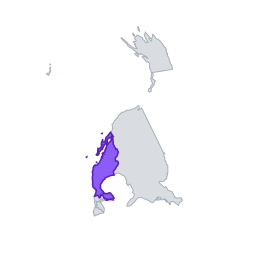 Mexico and the surrounding countries, rotated 64°
{"feature_id": "MEX", "entity_name": "Mexico", "entity_type": "country or territory", "adm_level": 0, "iso_a3": "MEX", "parent_name": "North America", "parent_adm1": "", "projection": "robinson", "projection_center": [-103.635, 23.63], "detail": "fine", "context": "with_neighbors", "style": "filled", "palette": "violet", "viewbox_px": 256, "rotation_deg": 64, "n_neighbors": 6, "source": "natural_earth", "source_scale": "50m", "svg_char_len": 10944}
<svg xmlns="http://www.w3.org/2000/svg" viewBox="0 0 256 256"><g transform="rotate(64 128 128)"><path d="M116.0,107.0L166.5,107.0L166.4,106.1L167.0,106.1L167.4,107.3L168.0,107.7L171.2,108.2L173.0,108.9L174.5,108.6L177.4,109.2L179.0,108.6L185.7,111.8L185.9,112.4L186.4,112.6L186.3,112.9L187.1,112.7L187.7,113.6L188.5,113.9L188.3,114.3L190.4,115.4L191.5,119.5L190.0,123.0L190.2,123.6L190.9,123.9L197.8,121.2L197.2,119.8L198.0,119.4L201.6,119.4L202.1,118.5L204.8,116.2L211.1,116.2L211.2,115.6L212.5,115.1L213.3,112.3L214.4,110.5L215.1,111.1L216.2,110.7L217.2,111.4L217.8,114.6L219.7,116.6L214.2,119.3L213.1,121.2L213.3,122.4L214.1,123.6L214.9,123.7L214.6,122.8L215.2,123.4L215.2,124.0L209.8,125.0L208.3,125.7L211.0,125.2L211.7,125.7L209.1,126.4L207.9,126.4L207.9,126.1L207.4,126.8L208.0,126.9L207.7,128.5L206.5,130.4L206.3,129.8L205.2,129.0L205.7,130.3L206.3,130.7L206.4,131.6L205.0,134.4L205.2,132.7L204.1,131.8L203.7,129.9L203.4,130.9L204.0,132.4L202.7,132.0L204.1,132.8L204.4,135.0L205.0,135.2L205.8,138.3L204.7,140.1L202.7,140.8L201.5,142.2L200.6,142.3L199.6,143.2L199.4,144.0L197.3,145.5L195.5,148.0L195.3,149.7L195.7,151.4L197.5,155.1L197.6,156.1L198.7,158.8L198.6,161.3L198.2,162.8L197.6,163.1L196.6,162.8L196.2,161.7L195.4,161.2L192.9,156.4L193.2,154.9L192.6,153.6L190.9,151.6L190.1,151.2L188.2,152.3L186.8,151.1L185.5,150.5L183.2,150.8L181.5,150.5L179.1,151.1L179.5,151.7L179.5,152.7L180.0,153.1L179.6,153.4L178.8,153.1L178.1,153.5L176.6,153.5L175.1,152.2L173.4,152.5L171.9,152.0L169.0,152.7L167.2,154.4L165.2,155.4L164.1,156.6L163.7,157.6L163.7,159.3L164.2,161.2L163.4,161.3L160.4,160.0L159.3,157.3L158.1,155.9L156.4,152.9L155.0,152.0L153.3,152.0L152.1,153.9L150.4,153.2L149.4,152.5L148.2,149.9L145.3,147.3L141.8,147.3L141.8,148.3L136.3,148.3L128.8,145.5L129.0,145.0L124.2,145.5L123.9,144.3L122.7,142.9L121.8,142.6L121.6,141.9L120.5,141.8L119.8,141.2L118.0,140.9L117.5,140.6L117.4,139.3L115.6,136.9L114.2,133.6L114.3,133.1L112.2,130.3L112.1,128.4L111.1,127.1L111.7,125.2L111.9,123.2L111.4,121.4L112.4,119.2L113.2,115.0L113.2,111.9L112.4,108.8L112.7,108.4L115.3,109.2L116.0,111.3L116.5,110.7L116.0,107.0ZM94.8,62.2L88.9,81.7L90.5,81.8L92.0,82.4L94.1,84.8L96.0,83.5L97.8,82.8L98.5,84.0L100.8,85.9L102.8,89.9L105.4,91.3L105.2,92.7L104.1,93.8L101.9,92.3L101.7,90.3L99.9,88.6L99.4,86.5L95.1,86.3L93.3,85.7L90.4,83.4L86.2,82.2L83.8,82.4L79.2,80.5L77.2,80.9L77.0,82.4L74.0,83.0L70.3,84.2L70.4,82.9L71.9,80.8L73.9,80.2L73.7,79.6L71.1,80.8L69.5,82.2L66.5,83.8L67.4,84.9L65.3,86.4L61.2,88.0L60.4,89.0L57.3,90.1L56.3,91.2L54.0,92.1L52.8,91.9L47.2,94.1L43.9,94.7L43.8,94.3L50.4,91.4L52.7,91.1L53.9,90.2L56.8,88.9L58.9,87.7L59.8,86.0L61.1,84.7L58.9,85.4L58.5,85.0L57.3,85.8L56.6,84.7L55.9,85.5L55.7,84.4L53.6,85.3L52.6,85.3L53.0,84.0L53.6,83.2L52.9,82.4L50.5,82.8L48.7,81.3L49.2,80.1L48.4,79.2L49.6,78.0L51.5,76.8L52.6,75.7L54.0,75.5L54.9,75.9L56.7,74.8L57.8,75.0L59.3,74.4L59.4,73.4L58.7,73.0L60.2,72.2L57.3,72.7L56.6,73.1L55.6,72.7L53.2,72.9L51.1,72.4L50.9,71.6L49.5,70.4L56.2,68.5L57.5,68.5L56.7,69.6L60.1,69.5L59.4,68.2L57.9,67.5L56.3,65.6L54.6,64.9L56.0,63.9L58.7,63.8L61.1,62.9L61.9,61.9L64.0,61.0L68.9,59.9L70.1,60.0L73.0,59.0L75.0,59.4L75.6,60.3L76.5,59.9L78.9,60.0L78.6,60.5L80.7,60.8L82.4,60.6L89.1,61.6L91.2,61.3L94.8,62.2ZM41.7,74.3L42.5,74.7L43.6,74.5L46.1,75.4L44.4,76.0L43.0,75.2L41.5,75.3L41.2,75.1L41.7,74.3ZM44.9,174.9L46.0,176.2L44.1,177.6L43.6,177.3L43.5,175.8L44.0,175.1L44.0,174.4L44.9,174.9ZM43.8,173.3L42.9,173.7L42.4,172.9L42.6,172.7L43.8,173.3ZM42.4,172.3L42.3,172.5L41.2,172.5L41.4,172.2L42.4,172.3ZM39.9,171.0L40.6,172.0L40.4,172.1L39.6,172.0L39.3,171.3L39.9,171.0ZM37.2,169.8L37.0,170.6L36.3,170.2L36.8,169.8L37.2,169.8ZM46.7,81.5L47.9,81.7L47.7,82.6L46.5,82.9L44.9,81.9L46.7,81.5ZM66.8,86.8L67.9,87.0L68.4,87.7L64.6,89.5L63.9,89.0L64.0,87.9L66.8,86.8Z" fill="#d9dde1" stroke="#a8b0b8" stroke-width="1"/><path d="M192.5,196.5L192.0,197.0L190.4,196.1L189.9,196.5L188.5,195.8L188.2,196.1L184.1,191.8L184.3,191.5L184.7,191.8L185.4,191.6L186.0,191.0L185.9,189.8L186.9,189.8L187.3,189.2L187.9,189.6L189.2,188.4L189.7,187.4L190.7,187.8L192.6,186.8L193.3,186.9L193.1,187.7L193.3,188.5L192.6,190.3L192.8,193.0L192.5,193.2L192.5,194.9L192.0,195.5L192.5,196.5Z" fill="#d9dde1" stroke="#a8b0b8" stroke-width="1"/><path d="M193.3,186.9L192.6,186.8L190.7,187.8L189.7,187.4L189.2,188.4L187.9,189.6L187.3,189.2L186.9,189.8L185.9,189.8L186.0,191.0L184.8,191.6L184.4,190.9L183.8,190.7L183.9,189.8L183.6,189.5L182.3,189.6L180.5,188.2L181.0,187.6L180.9,186.7L183.5,184.8L185.5,185.1L187.4,184.5L188.5,184.8L189.5,184.5L190.8,184.9L193.3,186.9Z" fill="#d9dde1" stroke="#a8b0b8" stroke-width="1"/><path d="M180.5,188.2L182.3,189.6L183.2,189.3L183.9,189.8L183.6,191.3L181.6,191.0L179.6,190.4L179.0,189.9L180.2,188.7L180.1,188.4L180.5,188.2Z" fill="#d9dde1" stroke="#a8b0b8" stroke-width="1"/><path d="M174.6,188.0L174.9,186.7L174.6,186.3L175.5,184.4L178.2,184.4L178.2,183.6L176.1,181.6L177.0,181.6L177.0,180.2L180.8,180.3L180.7,184.8L182.8,185.2L180.9,186.7L181.0,187.6L180.5,188.2L180.1,188.4L180.2,188.7L179.0,189.9L176.7,189.4L174.6,188.0Z" fill="#d9dde1" stroke="#a8b0b8" stroke-width="1"/><path d="M180.7,184.8L181.0,179.8L181.4,180.1L182.1,178.6L182.9,179.0L182.5,183.3L181.4,184.8L180.7,184.8Z" fill="#d9dde1" stroke="#a8b0b8" stroke-width="1"/><path d="M124.2,145.5L129.0,145.0L128.8,145.5L136.2,148.3L141.9,148.3L141.9,147.2L145.4,147.3L146.0,148.0L146.3,148.1L147.3,149.1L148.4,150.1L148.9,151.1L148.9,151.5L149.0,151.8L149.5,152.5L150.3,153.0L150.6,153.1L151.8,153.8L152.1,153.7L152.5,153.3L152.8,152.3L153.1,152.0L153.3,152.0L153.6,151.8L153.8,151.8L154.3,151.9L155.2,151.9L155.4,152.0L156.8,153.4L157.7,155.0L157.7,155.4L158.1,155.8L158.8,156.8L159.3,157.2L159.3,157.7L159.5,158.1L159.5,158.4L159.9,159.1L160.2,159.8L160.9,160.1L161.0,160.2L161.7,160.5L161.9,160.6L162.8,160.8L163.3,160.9L163.7,161.2L163.9,161.0L164.2,161.0L164.1,161.5L163.5,163.2L163.1,164.7L163.0,166.2L163.0,168.1L162.8,168.9L162.8,169.1L163.0,170.1L163.4,170.8L163.9,171.4L163.7,172.1L163.7,171.9L163.8,171.4L163.4,170.9L163.0,170.3L163.3,171.3L163.5,171.6L164.2,173.2L164.2,173.4L165.7,175.4L166.1,176.6L166.7,177.3L166.9,177.7L167.2,177.9L166.8,177.8L167.5,178.2L167.3,178.0L167.6,178.1L168.4,178.1L168.7,178.5L169.2,178.6L169.7,179.4L169.9,179.4L170.4,179.3L171.7,178.8L172.6,178.8L173.1,178.7L173.3,178.6L173.5,178.4L174.0,178.2L175.0,178.1L175.2,178.3L175.0,178.5L175.3,178.7L175.9,178.7L176.4,178.3L176.4,178.1L176.2,177.9L176.3,177.7L176.0,177.8L176.1,177.7L177.0,177.1L177.5,176.6L177.6,175.7L178.0,175.2L177.9,173.8L178.2,172.7L179.3,172.1L181.2,171.7L182.0,171.4L183.0,171.3L184.5,171.7L184.6,171.4L184.2,171.4L184.7,171.2L184.9,171.3L185.4,171.7L185.4,172.2L185.5,172.4L185.2,173.2L184.6,173.9L184.2,174.5L184.2,174.8L184.2,175.4L183.9,175.6L183.7,175.9L183.8,176.1L184.3,176.1L184.2,176.4L183.8,176.6L183.8,176.8L184.0,176.7L184.1,176.8L183.8,177.9L183.7,178.3L183.6,179.0L183.4,179.2L183.2,178.8L183.1,178.7L183.1,178.1L183.1,177.8L182.7,178.1L182.7,178.3L182.5,178.7L182.1,178.7L181.9,179.1L181.5,179.9L181.3,180.0L181.0,179.8L180.8,179.9L180.8,180.2L177.0,180.2L177.0,181.6L176.2,181.6L177.1,182.5L177.6,182.9L177.8,183.3L178.3,183.6L178.2,184.4L175.6,184.4L174.6,186.2L174.9,186.7L174.7,187.0L174.7,187.3L174.7,187.6L174.6,188.0L173.4,186.6L172.6,185.8L171.1,184.4L170.1,183.9L170.0,184.0L170.5,184.2L170.9,184.5L169.9,184.1L169.5,184.0L169.7,183.8L169.6,183.7L169.3,183.8L169.2,183.7L168.8,183.9L169.2,184.0L168.5,184.1L167.9,184.6L167.2,184.8L166.3,185.3L165.7,185.3L165.1,185.2L164.3,184.7L163.1,184.6L162.3,184.0L161.6,183.8L161.1,183.3L159.1,182.8L158.5,182.4L156.8,181.7L155.6,180.9L155.4,180.7L155.2,180.6L154.5,179.9L153.9,179.9L152.9,179.7L151.4,179.0L150.4,177.8L149.4,177.2L148.3,176.7L148.0,176.1L147.6,175.8L147.2,175.1L146.8,174.2L147.1,173.9L147.4,173.9L147.7,173.7L147.5,173.3L147.2,173.2L147.7,172.4L147.8,171.6L147.3,171.3L146.9,170.4L146.9,169.6L146.6,168.9L145.4,167.5L145.0,166.9L144.3,165.9L142.6,164.5L143.1,164.8L143.1,164.5L142.5,164.4L142.2,164.2L142.1,163.8L141.6,163.1L141.9,163.2L142.1,163.2L141.4,162.8L140.7,162.4L140.6,162.0L140.1,162.1L140.2,161.9L140.4,161.5L140.1,161.7L139.7,161.9L139.4,161.5L139.3,160.8L139.8,160.2L139.9,160.3L139.7,160.1L139.6,159.6L139.2,159.2L138.6,159.2L138.4,158.8L138.3,158.3L137.6,158.2L137.2,157.8L137.0,157.5L136.9,157.0L137.1,156.5L136.7,156.4L136.3,156.4L135.9,156.3L135.6,155.9L135.2,155.3L134.8,155.1L134.3,154.2L133.9,153.8L133.8,153.2L133.5,153.0L133.4,152.5L132.8,151.5L132.6,150.7L132.2,149.9L132.1,149.6L132.1,149.2L132.2,148.9L132.2,148.7L131.1,148.3L131.1,148.0L130.8,147.8L130.5,147.6L130.4,147.8L130.1,147.9L128.5,147.0L128.8,147.6L128.7,147.8L128.6,148.7L128.8,149.2L128.9,149.6L129.0,150.2L129.0,150.9L129.1,151.4L129.5,151.8L129.9,152.1L130.7,152.9L131.1,153.6L131.2,154.0L131.4,153.9L131.5,154.3L131.8,154.3L132.0,155.0L132.4,155.2L132.4,155.5L132.6,155.7L132.5,156.0L132.7,156.6L133.0,157.0L133.5,157.3L133.7,158.1L134.1,158.3L134.1,158.6L134.3,158.9L134.4,159.3L134.6,159.5L134.5,159.1L134.5,158.8L135.0,159.2L135.0,159.5L135.2,159.9L135.4,160.6L135.5,161.4L135.8,161.9L136.0,162.0L136.3,162.9L136.7,163.6L136.6,164.2L136.7,164.8L137.0,165.1L137.3,165.4L137.5,165.2L137.4,164.9L137.5,164.8L138.0,165.2L138.4,165.8L138.6,166.1L138.7,166.4L139.1,166.6L139.2,166.9L139.1,167.6L138.4,168.2L138.0,168.2L137.9,168.0L137.7,167.2L137.3,166.6L136.8,166.2L136.0,165.4L135.2,164.8L134.7,164.3L134.4,164.3L134.3,164.0L133.9,163.6L133.8,163.2L133.9,162.1L133.7,161.1L133.3,160.4L132.8,160.1L132.0,159.5L131.8,159.2L131.8,158.7L131.5,159.0L131.2,159.0L130.9,159.2L130.4,158.6L130.1,158.6L129.9,158.3L129.2,158.0L129.0,157.5L128.1,156.8L128.0,156.5L129.0,156.7L129.5,156.5L129.8,156.9L130.0,156.9L129.8,156.8L129.8,156.6L129.8,156.4L129.6,156.3L129.8,156.1L130.0,155.6L130.1,155.2L129.9,154.7L128.3,153.0L127.9,152.8L126.9,152.0L126.7,151.6L126.6,150.7L126.3,150.5L126.2,149.5L125.7,149.2L125.7,148.6L125.1,147.8L125.1,147.4L125.2,147.1L124.7,146.7L124.6,146.3L124.3,145.9L124.2,145.5ZM133.8,153.8L133.6,154.4L133.2,154.2L133.3,153.4L133.6,153.2L133.8,153.8ZM131.9,153.7L131.7,153.6L131.2,153.1L131.1,152.8L131.0,152.5L131.4,152.7L131.5,153.0L131.8,153.1L131.9,153.7ZM185.6,173.7L185.1,174.4L185.0,174.2L185.1,173.9L185.6,173.7ZM133.9,164.3L133.7,164.1L133.7,163.9L133.4,163.8L133.6,163.4L133.7,162.6L133.8,162.7L133.6,163.6L133.9,164.3ZM127.8,155.8L127.7,156.1L127.4,155.9L127.6,155.7L127.6,155.4L127.8,155.8ZM121.7,153.9L121.6,154.0L121.4,153.5L121.4,153.4L121.5,153.4L121.7,153.9ZM134.6,164.7L134.6,164.8L134.0,164.4L134.3,164.4L134.6,164.7ZM145.2,171.3L145.1,171.5L144.9,171.4L144.9,171.1L145.1,171.1L145.2,171.3ZM136.9,163.3L137.0,163.5L136.8,163.3L136.7,163.1L136.9,163.3ZM135.9,160.7L135.9,161.0L135.8,160.9L135.6,161.3L135.7,160.8L135.9,160.7ZM136.1,178.0L135.9,178.1L135.9,177.8L136.1,178.0ZM175.6,178.2L175.3,178.2L175.8,178.0L175.6,178.2ZM138.5,165.3L138.3,165.1L138.3,164.8L138.5,165.2L138.5,165.3Z" fill="#8b5cf6" stroke="#5b21b6" stroke-width="1.5"/></g></svg>